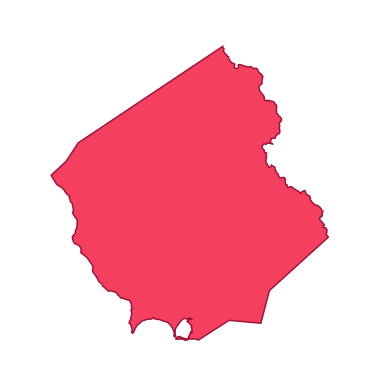 the district of Rigo District, Central, Papua New Guinea, rotated 9°
{"feature_id": "67681753B71555956304677", "entity_name": "Rigo District", "entity_type": "district", "adm_level": 2, "iso_a3": "PNG", "parent_name": "Papua New Guinea", "parent_adm1": "Central", "projection": "albers", "projection_center": [147.903, -9.673], "detail": "fine", "context": "isolated", "style": "filled", "palette": "rose", "viewbox_px": 384, "rotation_deg": 9, "n_neighbors": 0, "source": "geoboundaries", "source_scale": "gbopen_adm2", "svg_char_len": 6023}
<svg xmlns="http://www.w3.org/2000/svg" viewBox="0 0 384 384"><g transform="rotate(9 192 192)"><path d="M333.7,215.3L332.8,214.2L331.5,213.1L331.1,212.5L331.5,210.2L331.1,209.4L331.3,208.1L330.3,207.3L329.7,206.5L327.1,206.5L326.8,205.2L328.0,204.1L327.9,203.8L327.1,203.0L326.3,202.7L325.8,202.1L325.6,201.6L323.7,200.6L322.8,199.4L322.6,198.8L322.0,197.8L322.6,196.7L323.3,196.4L324.5,195.1L324.1,194.1L324.1,193.7L323.6,192.9L324.4,191.0L324.3,190.5L323.7,190.4L321.1,187.4L319.9,186.8L318.7,185.9L317.8,185.6L314.8,185.3L314.3,184.7L313.5,184.3L313.0,183.6L312.1,183.3L311.1,182.1L310.5,181.7L309.9,180.5L309.7,178.7L309.0,178.2L308.6,177.6L306.3,176.7L305.8,176.6L305.0,176.0L303.9,173.6L303.1,173.2L302.6,173.0L302.1,173.8L301.3,174.0L299.5,175.7L299.3,176.5L299.0,176.4L298.1,175.3L296.2,174.2L295.3,174.3L294.7,173.8L293.1,173.1L291.6,172.6L290.6,171.6L287.9,171.3L287.4,171.9L285.9,172.6L285.6,172.6L284.9,171.6L284.7,170.0L284.0,170.0L283.6,169.8L282.7,168.5L282.4,167.2L282.3,164.7L280.9,163.4L280.5,163.3L279.1,163.5L277.1,164.4L275.6,163.6L275.3,162.7L274.0,160.8L273.4,160.1L272.0,159.1L271.6,158.5L271.4,157.8L270.3,156.1L270.2,155.1L269.8,154.5L269.2,154.1L268.3,154.0L266.3,153.0L266.1,154.4L265.4,155.1L263.9,155.5L262.8,153.8L262.2,153.6L261.7,152.8L261.7,152.4L261.3,152.1L260.6,151.8L260.5,150.7L260.1,149.7L259.9,148.4L260.1,147.6L259.8,146.9L259.9,146.4L260.2,146.2L260.2,145.4L259.7,144.9L259.3,144.2L259.6,141.9L258.9,141.9L257.4,141.3L257.1,140.7L256.8,139.5L254.5,137.6L254.1,136.9L254.0,136.3L254.2,135.3L255.5,133.2L257.8,133.3L258.2,132.5L259.4,131.9L259.4,131.7L264.1,132.0L263.9,131.6L263.2,131.2L262.2,131.3L261.8,131.0L261.4,129.8L262.0,128.4L261.7,127.1L261.9,126.7L262.7,126.7L264.2,125.9L265.6,126.0L266.0,125.2L265.8,124.2L266.2,123.3L266.8,122.7L266.9,121.3L268.5,121.1L268.8,120.8L269.0,120.0L269.4,119.6L269.0,117.0L268.5,115.7L268.2,114.1L268.3,112.9L267.5,110.8L267.5,110.4L269.2,107.4L269.0,106.2L267.7,104.2L266.5,103.8L265.9,103.4L264.9,102.0L263.7,101.2L263.3,100.7L262.2,96.1L262.1,95.5L262.4,95.0L262.4,94.5L261.6,92.8L259.9,91.7L259.2,90.5L257.2,89.9L255.2,89.9L253.9,89.6L253.1,89.6L252.0,89.8L251.8,90.4L249.8,90.2L249.4,89.9L249.1,88.9L248.6,88.1L248.2,86.3L247.0,85.0L245.0,83.4L243.0,81.3L242.0,79.0L241.6,77.2L242.2,76.1L244.1,74.1L244.2,73.5L243.6,70.7L243.7,68.7L244.0,67.4L243.4,66.1L241.8,64.6L239.8,63.8L239.1,63.0L237.8,61.3L237.3,60.3L236.8,60.0L236.1,59.8L235.7,59.8L234.3,60.3L233.7,60.3L232.2,59.9L230.5,58.8L229.7,59.0L228.6,59.7L228.0,59.8L227.1,59.8L225.5,59.4L224.0,59.5L220.1,58.6L218.6,58.8L218.1,59.1L217.8,59.6L218.3,60.9L218.5,61.6L217.9,62.5L216.6,63.2L215.9,63.0L215.2,62.5L214.2,62.2L213.9,61.4L214.4,59.8L214.0,58.8L212.8,58.4L211.1,58.3L210.7,58.1L209.9,57.1L209.0,56.5L207.3,54.6L207.0,52.9L206.1,52.4L205.5,52.3L205.4,51.9L205.0,51.4L202.9,50.1L201.1,47.9L201.0,47.3L201.2,45.6L199.6,44.0L199.5,43.4L72.0,161.2L62.8,181.5L50.3,197.4L51.1,198.3L52.2,200.0L57.4,205.7L59.3,206.7L61.3,207.4L61.9,207.4L64.0,209.2L64.9,209.3L65.3,209.7L66.0,211.0L68.9,213.8L70.7,214.5L71.2,215.2L71.7,216.6L72.4,217.8L73.2,220.1L73.9,220.9L74.6,221.3L75.9,222.9L76.1,223.4L76.2,224.7L77.4,226.6L77.4,228.5L77.9,229.2L77.7,230.2L77.3,230.7L77.3,231.5L77.7,232.0L79.5,233.8L80.1,234.8L80.8,235.4L82.2,236.4L82.7,237.2L83.0,238.4L83.4,239.4L83.6,242.7L83.8,243.5L83.8,245.9L83.0,247.6L82.9,248.1L83.1,249.7L83.1,251.0L82.9,251.8L81.3,253.7L80.9,255.0L81.0,256.0L82.6,259.6L84.1,261.2L84.9,261.6L86.7,261.8L87.4,262.2L88.5,262.6L89.8,263.4L90.9,264.8L91.3,265.8L91.5,266.4L91.7,269.0L91.9,269.5L92.8,269.7L93.8,270.6L94.6,270.8L95.7,271.7L97.0,272.1L98.9,273.5L105.0,279.9L106.0,281.9L106.0,284.7L106.5,286.3L106.9,286.9L109.5,289.2L111.0,291.1L112.6,292.7L113.1,293.5L113.2,294.1L114.6,295.5L116.4,296.4L117.3,297.0L118.0,297.9L118.2,298.5L118.7,299.1L119.6,299.6L120.0,299.6L121.0,300.3L121.6,300.9L125.0,303.0L125.5,303.0L126.5,302.3L130.0,302.6L130.6,302.8L132.3,302.8L132.9,303.2L135.0,305.4L136.3,306.0L137.6,307.4L138.6,307.9L141.0,307.7L141.9,308.2L143.5,308.2L144.7,308.6L146.9,308.7L147.8,309.5L149.5,312.0L150.1,313.9L150.1,314.7L150.5,315.6L151.4,316.5L151.5,316.9L151.1,317.2L150.8,317.2L150.2,318.0L150.2,318.4L150.8,319.6L151.7,322.6L151.7,323.4L151.3,324.4L151.1,325.2L151.6,326.6L150.7,328.9L150.3,331.2L150.6,331.5L151.0,331.5L151.9,332.2L152.2,333.0L152.8,333.7L153.3,334.9L154.0,336.1L154.2,336.9L154.5,337.3L154.5,338.1L154.2,338.9L154.2,339.4L154.7,340.4L155.2,340.6L155.7,340.6L156.3,340.0L156.7,338.3L156.7,337.5L157.3,335.4L158.7,332.3L161.8,328.6L162.6,327.5L163.4,326.8L165.2,326.1L166.0,325.5L166.5,325.4L168.2,324.5L170.4,324.2L172.0,323.7L173.0,323.0L173.7,322.1L174.8,322.7L175.1,323.1L177.6,323.3L178.6,323.1L180.8,323.1L183.3,323.9L185.7,324.0L187.3,324.5L188.6,324.5L190.0,325.8L191.7,326.8L194.2,329.7L196.3,333.5L196.7,334.9L196.6,337.0L197.0,337.5L197.7,337.6L198.2,337.1L198.2,336.3L197.4,334.4L197.4,333.9L197.2,333.5L197.0,330.0L197.9,327.3L199.8,323.9L200.2,322.5L201.0,321.3L203.2,318.7L204.9,318.0L207.3,318.3L208.7,317.0L209.1,316.8L210.2,316.9L211.6,317.7L210.0,318.3L209.1,318.3L208.4,318.9L208.3,319.3L207.4,320.2L207.4,320.6L208.0,321.1L208.9,321.2L209.9,322.1L210.6,322.3L211.0,322.7L211.0,323.0L211.7,323.6L212.0,324.3L212.3,324.6L212.8,324.4L213.1,324.8L212.6,325.5L212.6,326.3L213.4,327.1L213.5,328.4L213.4,329.3L213.5,329.6L214.1,330.2L212.9,330.4L212.3,330.7L212.3,331.0L212.6,331.4L213.2,331.8L213.2,332.0L212.9,332.2L212.3,332.4L212.1,332.8L211.8,334.5L211.3,335.2L211.3,336.0L211.6,336.4L211.4,336.8L210.7,337.5L209.4,338.3L207.8,337.8L206.5,337.6L205.0,337.6L203.6,337.2L203.0,336.7L202.3,336.7L201.7,337.2L200.5,337.3L199.9,337.7L198.9,339.0L198.9,339.6L199.2,339.8L200.4,339.8L201.3,339.3L202.5,339.3L203.9,338.9L205.3,338.8L207.2,338.8L208.3,339.4L209.1,339.4L211.9,338.0L212.4,337.6L213.1,337.4L216.8,336.9L218.0,336.6L219.4,336.6L220.1,337.0L220.9,337.2L221.6,336.8L222.2,336.8L222.2,336.6L248.6,313.0L280.5,310.8L283.9,277.2L333.7,215.3Z" fill="#f43f5e" stroke="#9f1239" stroke-width="1.5"/></g></svg>